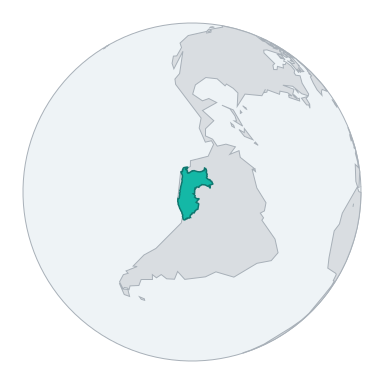 the Earth from above Peru, rotated 38°
{"feature_id": "PER", "entity_name": "Peru", "entity_type": "country or territory", "adm_level": 0, "iso_a3": "PER", "parent_name": "South America", "parent_adm1": "", "projection": "orthographic", "projection_center": [-73.974, -9.194], "detail": "fine", "context": "on_globe", "style": "filled", "palette": "teal", "viewbox_px": 384, "rotation_deg": 38, "n_neighbors": 0, "source": "natural_earth", "source_scale": "50m", "svg_char_len": 11313}
<svg xmlns="http://www.w3.org/2000/svg" viewBox="0 0 384 384"><g transform="rotate(38 192 192)"><circle cx="192" cy="192" r="169" fill="#eef3f6" stroke="#a8b0b8"/><path d="M138.0,31.9L146.2,29.5L154.8,29.5L157.4,28.5L162.3,28.6L167.2,27.7L167.4,28.5L171.1,27.2L170.0,26.7L171.2,26.1L174.0,25.6L174.7,26.4L173.5,26.7L175.1,26.7L174.3,27.3L176.3,26.8L176.9,28.1L180.4,26.3L184.2,26.9L183.5,27.9L178.3,28.5L163.5,33.9L161.2,36.1L163.1,38.1L178.1,39.9L177.7,42.3L181.0,45.2L183.7,43.2L182.0,40.4L187.8,38.0L185.1,35.4L187.0,34.2L186.3,31.8L192.2,31.6L198.2,33.0L199.1,35.2L201.8,36.1L205.6,33.9L211.8,38.5L223.6,43.0L224.5,44.6L218.0,47.0L206.2,46.7L197.8,51.9L209.1,48.3L211.3,53.1L214.1,54.0L217.4,53.9L218.8,52.1L220.8,54.0L210.3,57.7L208.4,56.1L211.7,54.7L206.2,54.9L199.2,58.4L200.8,61.1L188.5,65.1L189.5,67.2L187.4,69.6L186.6,65.8L187.8,73.1L173.5,82.2L174.9,96.7L167.2,85.7L160.6,84.9L152.7,85.7L152.7,88.0L142.1,87.3L132.4,93.3L128.7,105.5L132.3,114.5L144.1,113.7L147.7,108.0L156.4,106.3L150.1,121.3L165.3,122.4L163.7,133.8L168.1,139.5L175.7,137.7L183.7,140.3L189.3,133.4L198.4,129.7L198.6,139.1L203.6,130.5L208.7,135.0L226.8,135.1L225.4,137.1L240.6,148.9L256.9,154.9L260.7,162.3L258.8,166.6L264.3,168.3L264.4,171.2L286.4,178.0L297.2,186.9L296.7,197.3L287.1,208.2L277.4,233.3L260.0,240.2L254.8,250.6L240.1,265.3L229.6,263.5L231.9,271.5L225.5,276.0L218.6,276.0L216.8,281.5L211.6,281.5L214.7,285.3L205.8,292.3L207.7,298.4L201.0,304.1L202.5,307.7L200.1,307.5L197.6,308.8L197.2,310.7L190.2,307.4L188.8,299.4L191.7,295.4L188.6,294.8L194.7,284.5L191.2,286.6L192.9,271.2L198.3,258.7L202.6,223.0L199.1,216.0L186.2,208.1L170.7,183.2L175.0,172.9L171.5,168.3L182.7,153.9L179.7,141.2L175.8,139.6L171.8,144.5L158.3,137.2L153.6,128.1L112.9,117.3L109.0,113.5L109.3,106.3L98.2,86.7L101.9,106.1L97.1,102.9L93.7,96.4L96.2,94.1L94.8,84.6L90.9,82.0L92.7,71.0L104.8,56.3L105.7,57.7L108.5,54.5L107.6,52.8L106.3,52.5L114.6,43.3L113.3,42.5L125.5,36.7L138.0,31.9ZM33.8,134.2L35.1,130.7L34.8,132.2L33.8,134.2ZM35.6,129.0L35.2,130.1L35.5,129.2L35.6,129.0ZM35.6,128.7L35.6,128.9L35.4,129.0L35.6,128.7ZM35.4,128.8L35.6,128.6L35.5,128.8L35.4,128.8ZM174.0,101.9L191.4,108.9L181.5,110.0L183.4,108.6L179.0,105.6L170.8,103.1L162.1,105.2L174.0,101.9ZM35.7,127.9L35.8,127.5L36.1,126.9L35.7,127.9ZM181.9,93.3L178.8,92.8L181.8,92.7L181.9,93.3ZM105.1,52.9L107.2,53.0L106.8,55.5L104.7,55.4L105.1,52.9ZM106.3,49.2L108.2,48.4L104.9,51.3L104.9,50.8L106.3,49.2ZM183.2,32.1L184.7,32.0L184.1,32.5L183.2,32.1ZM181.4,31.3L179.5,32.1L178.4,31.8L179.6,31.4L181.4,31.3ZM184.0,30.6L176.7,31.3L174.7,31.0L177.7,29.1L184.0,30.6ZM168.4,26.8L169.7,27.2L166.1,27.3L168.4,26.8ZM165.8,27.0L152.8,29.1L152.2,28.6L156.7,27.8L153.9,27.8L160.0,26.4L162.9,26.1L162.1,26.7L165.1,25.8L165.8,27.0ZM171.4,25.8L168.9,26.2L168.2,25.6L173.2,24.9L171.8,25.3L171.4,25.8ZM150.2,28.6L150.6,28.3L155.6,27.1L156.5,26.8L160.1,26.4L150.2,28.6ZM173.4,25.2L175.8,24.7L178.6,24.6L173.9,25.5L173.4,25.2ZM165.9,25.9L165.8,25.7L167.5,25.5L165.9,25.9ZM190.0,24.7L187.0,24.7L186.3,24.4L190.0,24.7ZM176.5,24.5L175.5,24.5L174.9,24.5L177.1,24.2L176.5,24.5ZM163.4,25.6L165.5,25.3L162.2,25.8L165.9,25.1L167.6,25.0L168.4,24.8L169.5,24.6L169.7,24.8L163.4,25.6ZM177.5,23.8L181.0,24.0L186.8,23.8L187.5,24.0L178.0,24.3L177.5,23.8ZM172.9,24.3L175.9,24.0L175.3,24.3L172.8,24.6L172.9,24.3ZM167.7,24.8L161.6,25.8L167.7,24.8ZM179.3,23.7L178.4,23.7L179.8,23.6L179.3,23.7ZM171.4,24.3L169.3,24.6L169.1,24.6L171.4,24.3ZM178.4,23.6L179.5,23.6L177.9,23.7L178.4,23.6ZM175.6,23.8L176.7,23.8L174.4,24.0L175.3,23.9L175.6,23.8L175.6,23.8ZM171.6,24.3L172.5,24.2L171.6,24.3L171.1,24.3L171.6,24.3ZM184.6,23.2L185.6,23.2L182.0,23.4L180.9,23.4L184.6,23.2ZM201.7,314.5L190.8,308.6L197.0,311.2L201.5,308.3L207.1,312.7L201.7,314.5ZM215.1,306.9L220.2,305.5L221.4,306.5L218.1,307.8L215.1,306.9ZM312.1,73.1L312.3,73.7L320.8,85.6L319.4,86.1L314.6,82.8L303.6,69.7L307.9,70.3L304.1,66.4L296.4,60.5L298.4,61.4L295.8,59.3L296.8,59.6L292.8,56.4L302.7,64.4L312.1,73.1ZM331.1,287.9L331.7,286.5L335.7,280.4L342.4,267.6L353.4,237.9L357.1,225.7L358.9,215.5L359.6,191.8L359.7,180.1L358.9,174.6L357.9,174.9L356.5,168.3L355.4,167.6L345.9,168.4L340.5,159.6L328.0,135.1L327.9,126.5L323.5,116.2L319.2,86.3L323.2,89.0L325.4,88.3L332.4,98.0L338.6,108.0L344.2,118.5L348.9,129.4L352.9,140.6L356.2,152.0L358.6,163.6L360.1,175.4L360.9,187.2L360.8,199.1L359.9,210.9L358.2,222.6L355.6,234.2L352.2,245.6L348.1,256.7L343.1,267.5L337.5,277.9L331.1,287.9ZM326.5,101.7L328.0,104.6L326.5,101.7ZM227.3,134.9L229.5,136.8L226.7,136.8L227.3,134.9ZM180.1,113.7L183.8,113.8L185.8,115.1L182.9,115.6L180.1,113.7ZM211.2,113.6L215.4,114.5L211.0,115.1L211.2,113.6ZM194.2,109.8L207.8,113.3L199.2,115.9L190.6,113.9L196.6,113.0L194.2,109.8ZM180.1,98.2L182.4,98.7L181.7,100.3L180.1,98.2ZM184.0,93.2L183.1,93.4L182.0,92.2L184.0,93.2ZM211.9,52.9L212.8,52.6L216.1,52.9L214.6,53.7L211.9,52.9ZM230.6,50.3L233.4,53.4L230.4,51.5L228.8,52.8L220.5,50.7L224.6,45.3L224.2,47.9L230.6,50.3ZM210.5,47.2L215.3,48.6L209.9,47.3L210.5,47.2ZM280.5,49.0L283.0,50.3L285.9,52.4L285.9,53.6L281.7,50.4L280.5,49.0ZM286.0,51.9L275.5,45.5L275.1,45.0L277.1,46.3L277.9,46.6L281.3,48.8L291.1,55.2L294.3,57.6L292.5,57.5L291.3,56.0L288.9,54.5L286.0,51.9ZM249.7,34.4L245.2,32.9L250.1,33.6L253.8,35.1L254.0,35.9L249.8,34.7L249.7,34.4ZM190.6,27.6L188.5,27.9L188.3,27.5L189.9,27.1L190.6,27.6ZM188.6,24.7L199.3,26.6L197.5,26.8L205.9,28.3L204.5,29.6L199.1,28.5L204.2,30.9L198.8,30.5L202.8,32.2L190.9,29.7L186.2,29.8L192.0,29.1L193.5,27.7L192.7,27.2L187.0,26.0L177.6,26.1L177.6,25.3L180.1,24.6L182.3,24.5L181.6,25.0L185.1,24.4L185.9,25.1L188.6,24.7ZM228.7,27.1L229.3,27.2L229.4,27.3L232.6,28.1L230.8,27.7L236.2,29.1L232.3,28.2L234.2,28.9L237.0,29.4L231.4,31.0L232.1,33.2L234.9,35.8L227.7,34.5L220.5,31.5L214.4,28.4L214.8,26.8L211.4,26.8L210.6,26.1L213.6,26.4L208.6,25.6L208.7,25.2L203.2,24.0L195.9,23.6L193.7,23.4L196.6,23.4L192.4,23.2L196.5,23.1L195.0,23.1L195.8,23.1L212.3,24.3L228.7,27.1ZM193.0,23.0L190.4,23.1L191.2,23.2L187.4,23.6L181.4,23.8L183.1,23.6L183.3,23.4L185.0,23.4L183.8,23.4L186.0,23.2L185.6,23.2L188.2,23.1L187.7,23.1L193.0,23.0ZM321.8,83.9L321.5,83.5L321.8,83.9Z" fill="#d9dde1" stroke="#a8b0b8" stroke-width="1"/><path d="M203.8,177.5L203.7,177.7L203.3,177.6L203.1,177.6L202.7,177.5L202.7,177.3L202.5,177.2L202.1,177.2L201.8,177.2L201.6,177.2L201.3,177.3L201.1,177.4L201.0,177.6L200.8,177.8L200.3,177.9L200.1,177.9L199.8,178.0L199.5,178.0L199.2,178.1L198.3,178.2L197.9,178.4L197.6,178.6L197.0,178.9L196.8,179.0L196.4,179.4L196.0,179.7L195.7,179.8L195.4,179.9L195.2,180.0L195.0,181.1L194.9,181.5L194.7,182.0L194.4,182.4L194.2,182.7L194.2,182.9L194.3,183.1L194.5,183.6L194.5,183.8L194.5,184.0L194.3,184.1L194.2,184.3L193.9,184.3L193.4,184.6L192.8,185.0L192.6,185.3L192.5,185.8L192.6,186.0L192.7,186.3L192.7,186.5L192.4,186.6L192.2,186.6L192.0,186.8L192.0,187.0L191.9,187.2L192.0,187.3L192.2,187.5L192.4,187.7L192.6,187.8L192.8,188.0L192.7,188.1L192.6,188.3L192.9,188.5L193.0,188.7L193.1,188.9L193.1,189.0L193.2,189.4L193.2,189.5L193.7,189.8L193.8,189.9L193.8,190.0L194.0,190.4L194.2,190.6L194.9,191.4L194.9,191.8L194.2,192.6L194.8,192.6L195.4,192.6L196.0,192.8L196.4,192.9L196.6,192.9L196.8,193.1L197.0,193.5L197.2,193.9L197.2,194.4L198.9,194.4L199.6,194.4L199.9,194.3L200.3,194.0L200.5,193.9L200.7,193.7L201.0,193.4L201.3,193.2L201.6,193.0L201.7,192.9L202.0,192.8L201.9,192.9L201.8,193.1L201.8,193.3L201.9,193.6L201.7,193.9L201.6,197.4L201.8,197.3L202.0,197.2L202.2,197.4L202.4,197.6L202.5,197.6L202.9,197.5L203.3,197.3L203.6,197.2L204.0,197.2L204.4,197.3L204.7,197.3L207.2,201.9L207.0,202.2L207.0,202.4L206.8,202.5L206.7,202.6L206.5,202.8L206.3,203.0L206.3,204.4L206.3,204.8L206.2,205.1L206.0,205.3L206.2,205.6L206.3,206.2L206.4,206.3L206.5,206.5L206.6,206.8L206.3,206.9L206.2,207.0L206.2,207.4L206.0,207.5L205.8,207.6L205.6,207.9L205.5,208.0L205.4,208.4L205.1,208.6L205.1,208.8L205.1,209.1L205.2,209.3L205.6,209.8L205.4,210.2L205.3,210.4L204.9,210.9L204.9,211.1L205.0,211.3L205.5,212.5L205.7,212.8L205.9,212.8L206.3,212.9L206.5,213.0L206.0,213.4L206.0,213.5L205.9,213.7L206.0,214.0L205.9,214.1L205.7,214.2L205.5,214.4L205.3,214.6L204.9,215.0L204.8,215.3L204.6,215.3L204.2,215.6L204.2,215.9L204.4,216.0L204.5,216.2L204.5,216.4L204.5,216.5L204.3,216.7L204.0,216.9L203.7,217.0L203.6,217.3L203.7,217.6L203.7,217.9L203.6,218.2L203.3,218.5L203.0,218.8L202.6,218.9L202.3,218.9L202.1,218.9L201.9,218.9L201.7,218.7L200.8,218.1L200.5,217.7L200.2,217.5L199.4,217.0L199.3,216.8L199.2,216.2L198.9,215.8L198.2,215.5L197.9,215.4L197.7,215.2L197.3,215.0L196.8,214.6L196.6,214.3L196.3,214.1L195.3,213.8L194.9,213.6L194.0,213.2L193.6,212.9L192.7,212.6L192.4,212.5L191.5,211.8L190.9,211.5L190.4,211.1L188.8,210.3L188.5,210.0L188.3,209.6L188.0,209.4L187.6,208.8L187.0,208.5L186.4,208.0L186.2,207.6L185.8,207.1L185.7,206.8L185.4,206.6L185.4,206.0L185.1,205.8L185.3,205.7L185.5,205.6L185.7,204.8L185.5,204.3L185.0,203.6L184.7,203.2L184.6,202.7L184.3,202.4L184.0,201.9L183.8,201.3L183.3,201.0L183.2,200.8L183.1,200.6L182.8,200.5L182.8,200.1L182.6,199.3L182.4,198.9L181.4,198.2L181.3,197.4L181.1,196.9L180.1,195.2L179.8,194.7L179.5,193.9L179.3,193.4L179.0,192.6L178.6,192.0L178.4,191.4L178.1,190.8L178.1,190.4L177.6,189.8L177.3,189.2L176.9,188.7L176.4,188.4L176.2,188.1L175.6,186.9L175.5,186.5L175.1,185.9L174.7,185.4L174.4,185.0L174.1,184.7L172.0,183.6L171.3,183.2L171.0,183.0L170.9,182.6L171.0,182.4L171.2,182.2L171.5,182.4L171.8,182.1L171.8,181.7L171.6,181.2L170.9,180.3L171.0,180.2L171.1,179.9L170.8,179.5L170.6,179.2L170.4,178.9L170.6,177.9L170.7,177.6L171.7,176.6L172.0,176.1L172.4,175.8L172.8,175.4L173.3,175.1L173.5,175.2L173.5,175.4L173.6,175.5L173.7,176.0L173.8,176.5L173.7,176.6L173.4,176.9L173.0,176.8L172.9,176.9L172.8,177.1L172.9,177.4L173.0,177.5L173.3,177.5L172.9,178.0L173.1,178.2L173.5,178.1L173.7,177.8L173.9,177.7L174.1,177.8L174.4,178.0L174.8,178.2L175.4,178.2L175.7,178.4L175.8,178.8L175.9,179.1L176.3,179.5L176.5,179.6L177.0,179.7L177.3,179.4L177.5,179.3L177.5,179.2L177.5,178.9L178.2,178.4L178.3,178.1L178.2,178.0L178.2,177.9L178.4,177.3L178.6,176.8L178.7,176.6L178.8,176.3L178.9,176.1L178.9,175.9L179.0,175.8L179.0,175.6L179.1,175.1L179.3,175.0L179.5,175.2L179.5,175.3L179.7,175.2L179.6,174.9L180.3,174.0L180.6,173.8L182.0,173.3L184.0,172.5L185.8,171.3L187.1,169.7L187.3,169.5L187.8,167.7L187.9,167.8L188.2,167.8L188.1,167.1L188.2,166.9L188.2,166.7L187.7,166.2L187.5,165.7L187.1,165.5L187.1,165.4L187.3,165.4L187.6,165.5L188.0,165.4L188.3,165.1L188.6,165.2L189.0,165.5L189.3,165.6L189.5,165.6L189.7,165.9L189.9,166.0L190.1,166.1L190.6,166.5L190.8,167.0L191.0,167.4L190.9,167.5L191.1,167.7L191.2,167.8L191.4,167.9L191.8,168.0L192.0,168.2L192.1,168.3L192.3,168.5L192.5,168.6L192.9,168.6L193.1,168.8L193.2,169.1L193.3,169.2L193.4,169.5L193.3,169.8L193.6,170.1L193.8,170.2L194.1,170.2L194.3,170.3L194.5,171.1L194.4,171.3L194.4,171.5L194.9,171.8L195.0,172.0L195.4,172.0L195.7,172.0L195.9,171.9L196.0,171.9L196.7,172.1L196.9,172.1L197.2,172.0L197.4,172.0L197.7,171.8L197.9,171.8L198.0,171.7L198.4,171.3L198.5,171.3L199.1,171.5L199.3,171.7L199.6,171.8L199.9,171.9L200.2,171.8L200.4,171.6L200.9,171.5L201.0,171.5L201.6,171.9L201.8,172.1L202.0,172.1L202.5,172.3L202.8,172.5L203.0,172.7L203.2,172.8L203.4,172.8L203.5,173.0L201.5,176.1L202.1,176.4L202.3,176.4L202.6,176.2L203.0,176.4L203.1,176.7L203.2,176.9L203.4,177.0L203.6,177.2L203.8,177.5Z" fill="#14b8a6" stroke="#0f766e" stroke-width="1.5"/></g></svg>